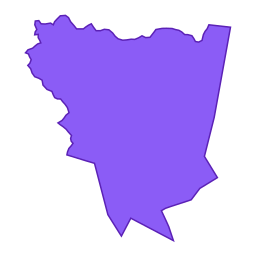 Aquidabã, Sergipe, Brazil, rotated 90°
{"feature_id": "56859067B15430987932018", "entity_name": "Aquidabã", "entity_type": "district", "adm_level": 2, "iso_a3": "BRA", "parent_name": "Brazil", "parent_adm1": "Sergipe", "projection": "mercator", "projection_center": [-37.097, -10.269], "detail": "fine", "context": "isolated", "style": "filled", "palette": "violet", "viewbox_px": 256, "rotation_deg": 90, "n_neighbors": 0, "source": "geoboundaries", "source_scale": "gbopen_adm2", "svg_char_len": 1543}
<svg xmlns="http://www.w3.org/2000/svg" viewBox="0 0 256 256"><g transform="rotate(90 128 128)"><path d="M226.8,87.2L222.1,89.3L210.7,94.6L208.3,90.5L206.6,85.6L199.8,64.8L188.4,56.2L177.6,38.6L156.4,51.6L117.4,41.8L27.2,25.5L24.8,47.1L28.7,48.8L31.3,50.9L34.6,52.6L40.4,54.0L42.1,57.4L41.5,60.6L38.5,62.2L35.7,64.1L34.6,68.4L34.6,71.3L32.0,74.2L30.3,77.1L29.6,80.4L28.5,83.9L28.3,89.6L28.4,93.9L29.5,100.1L32.0,101.9L37.3,106.0L37.6,110.4L35.8,114.0L37.8,117.4L39.4,121.2L39.2,124.8L39.9,129.3L40.2,133.3L38.8,137.9L36.2,140.9L32.9,143.4L29.8,147.1L29.3,151.7L30.7,155.6L30.7,159.9L27.2,162.5L23.8,164.7L25.1,167.4L27.1,170.4L28.9,172.6L28.9,175.9L28.9,179.4L25.6,182.0L21.7,185.4L17.6,187.5L15.4,190.5L15.8,195.7L19.3,199.2L21.7,201.4L24.8,202.7L23.1,205.4L24.0,210.8L23.8,214.9L20.6,217.2L21.0,220.7L24.8,221.2L29.5,219.2L31.9,220.8L34.8,221.3L34.4,217.8L37.7,217.8L40.2,216.3L42.9,215.2L43.9,218.3L45.7,220.6L48.2,223.4L49.8,228.0L52.8,230.5L54.0,227.5L56.7,226.5L59.7,224.8L63.3,226.2L65.4,228.2L68.8,225.3L73.0,223.9L76.7,221.3L78.3,217.1L80.2,213.9L85.1,213.0L89.4,209.0L91.4,204.1L95.1,202.6L97.6,201.3L98.9,198.6L99.0,195.4L101.8,193.2L104.2,191.0L107.6,188.6L112.7,187.0L115.2,190.0L118.4,192.2L120.5,194.0L122.9,198.0L124.7,195.8L126.7,192.9L129.2,189.9L132.3,187.4L135.5,184.5L138.5,185.4L141.2,184.8L143.3,183.0L145.7,184.7L148.4,187.1L151.9,188.5L154.9,189.1L160.9,169.7L161.9,166.2L163.3,161.5L214.7,148.1L233.0,136.6L236.1,134.6L218.2,125.2L240.6,82.6L226.8,87.2Z" fill="#8b5cf6" stroke="#5b21b6" stroke-width="1.5"/></g></svg>